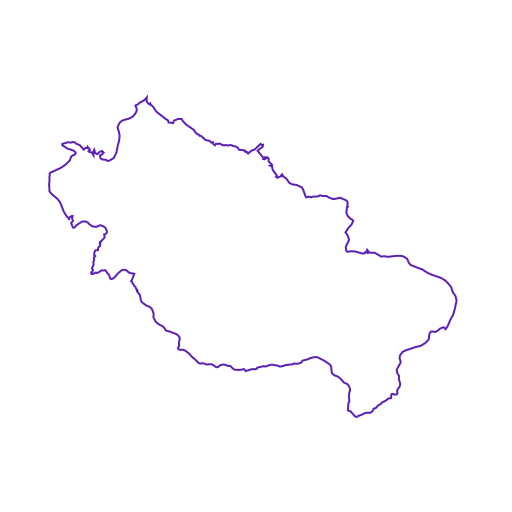 outline of Floridablanca, Santander, Colombia, rotated 74°
{"feature_id": "7082276B34435529925249", "entity_name": "Floridablanca", "entity_type": "district", "adm_level": 2, "iso_a3": "COL", "parent_name": "Colombia", "parent_adm1": "Santander", "projection": "mercator", "projection_center": [-73.085, 7.083], "detail": "fine", "context": "isolated", "style": "outline", "palette": "violet", "viewbox_px": 512, "rotation_deg": 74, "n_neighbors": 0, "source": "geoboundaries", "source_scale": "gbopen_adm2", "svg_char_len": 6110}
<svg xmlns="http://www.w3.org/2000/svg" viewBox="0 0 512 512"><g transform="rotate(74 256 256)"><path d="M429.8,210.2L431.4,207.9L437.5,205.0L438.5,203.6L438.0,202.2L437.6,197.4L437.1,195.3L437.3,192.2L438.1,189.8L438.1,188.9L437.7,187.7L436.2,185.7L435.2,185.0L435.2,182.8L433.3,179.8L432.6,176.6L431.6,175.5L430.8,171.2L429.4,167.8L429.8,166.3L429.7,165.2L426.9,164.3L426.1,163.6L426.2,162.6L427.1,161.4L427.8,159.8L427.7,158.6L426.7,157.7L425.3,157.7L423.3,156.9L421.7,154.5L419.8,153.1L418.5,152.6L413.6,152.6L410.8,151.5L407.4,152.5L403.9,152.0L398.6,146.6L397.5,146.1L394.1,146.2L392.0,145.4L391.3,145.0L389.0,142.1L388.2,140.2L388.0,137.7L387.5,128.0L387.8,122.9L386.4,117.5L384.5,113.9L382.7,112.3L380.6,111.8L378.0,110.2L376.9,108.6L377.3,106.7L378.5,104.8L377.6,101.3L376.6,99.3L376.1,95.6L376.7,94.8L378.6,94.2L377.7,92.7L376.1,91.0L370.6,86.5L367.0,82.8L362.1,79.7L354.2,75.5L349.4,75.3L345.0,76.8L339.6,77.0L335.0,79.0L331.4,81.1L327.9,84.4L322.4,92.3L319.3,95.9L314.5,100.1L313.6,101.6L307.7,109.3L306.4,110.3L304.4,111.0L300.3,111.5L297.6,113.8L296.1,115.9L294.7,120.3L293.3,128.7L292.6,131.0L291.8,132.0L291.0,135.9L285.7,140.9L283.9,146.2L283.8,148.0L282.8,148.3L282.1,147.9L281.9,146.9L280.7,147.4L282.4,148.3L282.1,148.4L282.3,149.6L282.8,149.6L283.1,150.3L282.8,150.4L283.3,151.6L283.2,152.6L279.0,159.4L277.8,162.8L277.1,167.2L275.3,167.8L271.7,167.1L267.8,163.4L265.8,162.1L263.8,162.0L260.6,162.5L258.0,163.5L254.8,159.8L252.0,155.4L249.2,152.9L247.9,153.3L246.4,154.8L242.8,156.8L238.9,157.2L235.7,155.6L234.8,155.5L233.8,154.2L233.4,154.7L230.6,153.3L228.6,153.3L227.1,154.2L224.7,157.3L223.4,158.5L223.0,161.3L223.0,163.5L222.4,166.5L219.6,170.1L217.8,171.6L216.5,175.8L215.2,177.8L215.8,179.1L215.7,180.6L214.6,184.9L214.7,187.1L213.5,188.8L213.5,191.5L211.9,192.0L205.2,192.4L202.7,193.0L198.8,197.5L197.1,201.5L194.9,203.8L190.0,205.5L187.1,207.8L184.7,208.4L185.3,209.5L186.2,209.3L186.6,214.0L185.1,213.9L185.0,214.5L184.5,213.9L184.0,213.9L178.0,216.2L174.2,215.9L173.8,216.8L173.3,216.8L173.0,217.3L172.7,215.5L168.5,217.8L166.2,217.0L165.6,217.1L164.4,217.7L165.4,221.2L164.9,222.2L163.5,220.5L163.4,222.0L155.3,225.5L154.2,223.3L152.8,219.4L151.0,218.6L150.9,219.9L149.5,220.7L153.3,228.0L153.6,231.7L155.3,235.4L153.4,236.1L153.2,237.2L152.5,237.7L152.1,237.9L151.9,237.5L151.4,237.7L149.2,243.0L147.0,243.6L145.2,245.3L143.4,248.5L142.9,248.8L142.3,250.0L141.9,253.0L141.0,254.3L140.9,256.3L139.3,258.6L138.4,259.2L137.7,260.7L137.9,261.6L137.0,263.4L138.3,265.0L136.6,266.2L134.7,266.0L134.9,267.4L134.1,268.2L132.8,268.7L131.7,270.1L131.3,271.6L129.6,273.4L128.8,273.4L127.0,274.9L125.4,275.6L125.0,277.1L123.2,277.8L122.7,278.9L120.3,280.3L117.8,280.9L110.3,287.0L106.0,289.2L103.8,289.7L102.8,292.9L103.2,297.3L103.9,298.1L105.4,299.0L103.5,303.3L101.9,303.1L101.0,303.5L99.5,305.0L90.2,311.7L87.5,312.8L84.0,313.8L81.2,315.8L80.2,315.6L80.7,316.8L79.0,317.9L77.1,318.5L73.5,317.3L74.2,318.2L75.6,321.0L76.5,325.3L77.7,327.8L78.0,330.2L78.6,330.5L80.9,330.1L83.1,330.4L85.4,332.3L87.6,335.3L88.3,337.0L89.0,340.9L88.8,345.2L89.1,347.6L90.0,349.8L91.4,351.5L94.5,353.7L99.3,353.6L102.8,353.9L107.6,355.9L111.1,358.1L118.0,361.6L122.6,365.7L124.0,371.2L123.5,372.8L122.4,373.5L120.6,377.5L118.7,378.7L116.2,378.1L115.9,375.6L114.7,374.9L114.6,374.0L112.7,374.9L112.8,377.7L114.4,380.5L112.6,382.2L109.4,382.2L110.9,383.6L114.3,384.5L111.2,385.3L110.2,387.4L109.2,388.1L108.2,386.3L104.8,387.7L105.9,388.2L105.0,390.0L106.3,392.2L100.9,394.8L98.5,397.9L96.8,398.8L95.9,400.9L96.0,402.6L94.8,405.5L94.9,411.4L96.1,411.6L97.5,410.7L97.9,409.9L100.4,408.1L104.4,402.3L106.6,400.9L107.4,400.9L108.5,402.2L109.1,405.5L109.5,406.3L112.8,408.6L115.7,413.9L117.5,419.4L119.3,431.1L120.3,431.8L121.6,432.0L124.0,433.2L125.5,433.3L130.0,435.1L137.1,436.7L140.7,435.0L145.9,431.4L149.9,429.6L160.6,428.5L165.4,427.1L167.2,426.2L167.7,425.6L170.0,425.6L168.0,425.4L166.8,423.1L167.0,421.3L168.9,422.4L171.8,422.3L173.5,424.7L178.3,424.0L178.6,423.6L178.5,422.3L177.1,420.4L176.5,419.0L175.0,413.8L175.6,410.8L177.2,408.6L179.4,407.5L182.5,405.0L184.0,401.4L183.4,397.4L185.0,394.9L187.5,392.9L191.0,392.5L191.8,392.6L192.8,393.4L193.6,395.0L193.5,396.1L195.9,396.2L196.8,396.8L199.3,401.2L200.0,401.6L199.7,402.1L200.8,402.8L202.0,402.6L203.3,403.1L204.3,405.1L205.3,405.8L206.7,406.2L206.3,408.9L207.2,409.8L210.3,411.4L211.6,410.5L212.0,410.6L211.9,411.3L213.0,412.4L214.7,412.4L217.0,414.1L219.4,414.4L222.7,417.1L223.1,417.2L224.4,416.5L226.1,417.7L226.3,418.9L227.7,419.3L228.4,417.4L227.7,414.7L228.4,413.8L228.5,412.7L227.3,408.3L228.1,405.8L228.1,404.6L231.2,403.7L233.7,402.5L237.1,402.4L238.0,402.0L238.4,401.4L238.1,398.9L234.8,393.7L233.1,390.1L232.5,388.1L233.4,385.4L234.7,384.0L236.0,383.4L237.7,381.7L239.5,377.9L245.1,382.1L245.8,383.0L247.1,382.2L248.6,382.1L250.2,381.4L250.9,381.4L252.5,380.4L253.9,380.4L256.4,379.5L256.6,380.1L257.4,380.0L261.0,378.5L263.5,378.5L267.0,378.9L268.7,378.6L273.3,375.2L275.9,371.9L278.5,370.6L283.5,370.3L286.2,371.4L287.5,371.4L291.6,370.4L293.9,369.0L295.8,367.4L297.2,365.6L298.7,364.6L300.9,363.5L302.8,363.2L305.1,359.4L309.2,354.0L310.9,352.8L312.3,352.2L314.1,351.9L318.1,354.0L320.9,354.5L322.5,356.1L323.3,356.5L324.3,356.1L325.3,354.8L325.9,352.1L327.6,350.0L331.4,347.2L336.4,344.7L337.9,343.5L343.4,340.4L344.1,339.4L344.1,337.9L345.0,335.4L346.5,334.0L347.8,328.4L351.9,324.9L352.3,323.3L351.2,320.5L351.2,317.8L351.7,316.4L352.3,315.2L353.9,313.4L354.6,311.0L358.3,309.0L359.6,307.5L361.2,302.6L361.3,298.9L362.0,298.3L363.8,297.6L363.6,291.1L364.7,287.7L364.5,286.3L364.0,286.1L363.7,285.5L364.0,279.2L364.9,277.3L364.6,273.0L364.8,270.8L367.3,265.5L368.9,263.6L369.3,259.2L368.9,258.1L370.2,250.6L369.8,248.9L370.6,247.2L371.2,244.6L370.9,241.9L369.4,240.2L369.6,233.9L369.1,232.7L369.3,227.8L369.8,225.7L370.6,224.5L375.3,219.4L380.4,215.1L382.0,214.4L383.5,214.3L388.5,215.3L390.1,215.1L392.8,213.0L393.9,211.2L396.6,208.9L402.0,206.3L404.2,203.6L406.5,202.5L409.2,202.3L410.9,202.6L413.4,204.2L418.2,205.8L420.9,206.1L421.8,206.5L422.8,207.7L429.8,210.2Z" fill="none" stroke="#5b21b6" stroke-width="2"/></g></svg>